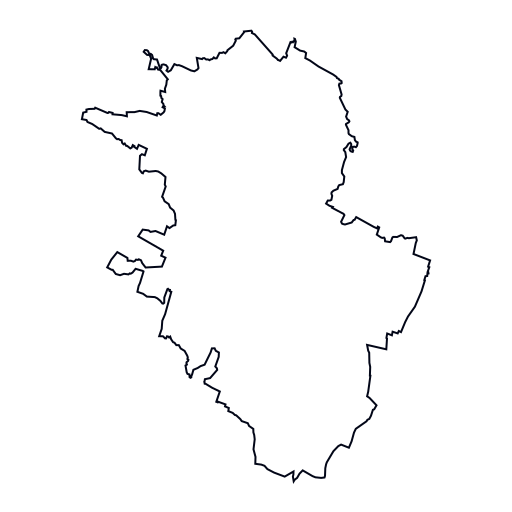 the district of Kota Malang, Jawa Timur, Indonesia
{"feature_id": "22746128B9724218643478", "entity_name": "Kota Malang", "entity_type": "district", "adm_level": 2, "iso_a3": "IDN", "parent_name": "Indonesia", "parent_adm1": "Jawa Timur", "projection": "natural_earth1", "projection_center": [112.627, -7.981], "detail": "fine", "context": "isolated", "style": "outline", "palette": "ink", "viewbox_px": 512, "rotation_deg": 0, "n_neighbors": 0, "source": "geoboundaries", "source_scale": "gbopen_adm2", "svg_char_len": 5992}
<svg xmlns="http://www.w3.org/2000/svg" viewBox="0 0 512 512"><path d="M278.0,61.0L278.2,60.3L276.8,58.6L272.6,55.5L272.7,54.6L254.8,34.4L251.9,33.0L252.1,31.7L251.4,30.7L244.0,31.5L244.2,32.1L239.3,38.3L235.8,38.7L235.3,39.4L235.8,40.7L233.2,45.7L227.5,50.2L227.2,51.2L225.3,53.3L223.5,52.2L222.0,52.9L219.5,52.8L216.7,58.3L215.1,58.4L213.8,57.4L212.4,59.0L210.4,59.5L209.6,60.2L207.9,59.4L206.2,59.5L204.3,58.1L202.8,58.3L202.1,59.1L196.8,57.9L198.5,68.1L197.4,69.5L194.4,71.3L191.0,70.5L182.0,66.2L178.9,65.1L177.1,65.3L174.4,64.1L170.8,70.3L168.1,71.8L166.5,70.6L167.6,68.6L167.7,67.3L166.1,65.2L163.6,64.4L162.1,64.7L161.5,65.2L161.5,67.0L160.9,68.2L159.9,68.0L157.0,59.5L153.8,59.2L153.1,58.5L152.1,55.0L150.8,53.9L149.2,53.6L148.0,51.0L146.8,50.2L144.8,50.1L143.7,51.8L147.1,54.9L149.2,55.0L150.0,55.8L151.1,58.8L148.7,69.2L154.7,69.3L155.3,67.1L156.2,67.8L156.8,67.4L158.2,69.7L159.7,69.7L161.0,70.9L167.8,79.3L166.8,80.4L166.3,84.7L164.9,88.7L165.2,92.0L160.5,90.7L160.4,91.9L160.4,95.7L161.1,96.0L161.4,98.0L162.6,99.1L161.8,102.0L163.4,104.0L163.6,105.4L164.3,106.2L163.2,106.2L162.6,107.2L164.9,108.5L164.4,111.2L163.6,112.4L160.7,114.8L158.4,113.2L157.3,113.2L156.8,115.5L146.7,112.0L139.7,110.9L134.6,112.1L126.7,112.2L126.9,116.3L121.8,115.1L112.5,114.3L112.6,112.9L109.0,112.0L108.4,112.8L107.5,113.0L95.2,107.7L94.6,108.8L88.9,109.0L86.4,109.6L86.5,111.8L83.2,112.6L81.9,119.2L86.5,120.0L87.5,122.0L92.2,124.0L99.2,128.8L100.7,128.4L104.7,131.9L112.0,133.5L115.9,138.3L117.1,139.2L118.6,139.0L120.1,140.0L121.6,140.2L122.1,142.8L123.5,144.3L124.7,143.5L126.2,145.9L127.2,145.9L130.3,148.4L131.7,147.6L132.8,145.1L134.4,146.1L134.1,146.8L137.0,148.8L138.7,144.9L146.9,148.8L144.8,155.3L141.9,154.2L140.0,155.8L139.3,169.4L141.9,172.9L142.9,173.3L143.8,171.3L145.7,170.6L148.9,171.7L155.7,171.0L158.2,171.5L161.3,173.4L165.5,177.0L164.8,184.6L165.7,186.5L162.1,196.8L163.0,197.7L164.6,201.3L168.7,204.1L170.1,207.6L173.6,210.5L175.0,213.8L175.4,219.9L175.9,220.2L175.3,225.2L173.2,225.5L169.5,228.1L167.0,226.3L164.2,234.7L155.5,231.0L150.5,231.9L148.6,230.4L142.7,229.6L138.2,236.3L163.2,250.7L161.2,255.7L165.5,257.7L161.9,266.6L145.6,267.5L142.2,263.1L141.0,260.3L138.8,259.3L138.0,259.9L136.0,259.6L134.9,261.0L133.4,261.6L130.8,260.7L127.7,260.8L127.4,257.9L117.3,252.1L111.3,259.6L107.2,267.4L111.6,269.8L112.7,269.8L115.8,274.0L120.1,275.2L124.0,273.8L128.5,274.4L129.7,273.4L130.7,273.7L132.5,272.6L135.6,268.8L142.7,270.9L143.5,271.4L143.3,272.2L140.0,283.0L138.6,286.0L137.4,291.8L143.1,293.8L146.9,296.6L154.8,297.1L157.3,298.3L160.3,300.8L162.4,303.5L163.3,303.6L164.2,302.8L164.3,297.5L167.4,289.1L168.0,288.8L168.7,289.7L169.9,289.9L169.7,291.2L171.3,291.8L165.1,314.2L162.3,320.7L161.7,328.9L159.2,336.2L163.0,336.3L165.1,338.4L166.1,338.4L167.0,336.3L168.1,336.5L169.1,337.5L170.2,336.6L171.2,339.4L173.1,342.2L174.5,342.7L176.3,345.1L178.8,345.1L180.7,348.5L184.6,350.9L187.2,355.6L187.8,357.3L187.4,359.0L188.4,359.7L188.1,360.9L186.6,362.2L186.4,363.1L186.9,364.6L185.5,365.5L186.7,372.3L187.5,373.9L189.4,374.4L189.6,377.2L190.5,377.8L191.3,377.3L191.4,375.6L192.0,374.8L193.4,369.8L197.7,368.0L200.6,366.1L204.6,364.7L210.6,352.5L211.9,348.4L214.6,348.3L215.8,350.8L218.9,352.5L218.7,356.9L215.3,366.5L216.9,368.3L217.2,369.9L210.1,378.1L204.9,379.2L204.4,382.1L204.9,384.6L204.6,383.2L212.2,387.8L219.8,391.5L216.3,401.8L217.6,402.3L217.8,401.6L225.5,404.4L225.0,406.4L228.8,408.0L228.3,411.1L232.7,412.9L234.9,415.0L236.2,415.3L240.4,419.2L241.7,421.1L247.8,423.2L249.1,426.0L253.3,428.9L253.4,432.4L254.2,435.0L254.7,439.3L253.5,449.3L255.5,456.9L255.3,463.8L261.3,464.6L264.5,465.8L267.4,469.1L274.1,472.6L284.7,476.6L293.5,471.5L293.4,474.5L292.9,476.6L293.7,481.3L294.8,479.6L297.1,477.9L299.5,473.7L302.7,470.4L312.5,476.1L315.4,477.3L321.2,477.9L324.5,477.5L325.0,475.9L325.3,468.2L326.1,464.3L326.8,462.3L333.4,451.2L338.3,446.1L341.1,444.6L348.9,447.7L351.6,441.3L354.0,432.6L355.8,428.8L366.5,421.3L367.4,419.8L369.3,418.9L371.0,415.7L372.9,409.8L374.2,409.3L376.5,405.3L369.5,397.9L367.1,396.3L368.2,391.7L370.4,375.7L369.9,375.6L370.2,366.9L369.4,362.9L369.2,352.7L368.2,350.7L367.1,344.9L386.3,349.3L387.0,338.5L386.4,338.0L387.2,333.5L391.9,335.3L392.6,331.7L397.7,333.4L398.8,331.0L401.0,332.1L405.2,322.0L408.0,316.5L414.9,306.7L421.5,291.4L424.9,280.4L424.3,280.1L425.5,276.2L427.2,276.0L427.4,273.8L428.5,273.5L428.3,272.2L427.6,272.0L429.3,267.2L428.1,266.7L430.1,260.4L413.5,254.0L415.8,242.9L416.8,240.4L416.1,237.2L408.9,238.2L407.3,237.9L405.4,238.6L404.7,238.4L402.7,235.7L401.0,235.2L397.1,237.0L393.2,236.9L392.4,237.5L391.0,241.2L390.1,242.1L385.1,241.3L384.7,238.4L384.1,237.6L382.3,237.9L380.9,237.4L376.8,234.6L379.2,227.4L377.8,226.6L377.1,228.4L373.8,226.9L356.2,217.1L354.6,219.8L353.6,220.0L351.7,222.5L345.0,224.5L343.2,224.1L342.0,223.6L341.1,221.8L344.4,215.1L343.6,213.9L332.1,207.8L332.8,206.9L329.5,205.8L326.1,203.6L327.8,200.5L330.2,200.5L331.4,199.8L332.2,195.8L331.4,193.8L331.6,192.4L333.4,190.7L337.6,188.9L338.3,186.4L339.2,185.1L342.9,184.2L343.7,182.1L344.3,176.5L341.9,173.1L341.9,170.1L344.1,161.9L346.1,157.1L345.3,152.1L343.8,150.1L343.9,149.1L346.4,147.1L348.5,143.7L350.3,142.7L351.1,143.8L351.3,145.4L349.6,149.3L350.1,150.6L351.2,151.5L352.7,151.9L353.2,150.6L352.2,148.9L352.7,147.0L354.2,146.6L355.9,147.2L357.0,145.9L357.7,142.8L357.6,142.3L356.1,141.7L354.9,140.1L354.4,136.9L351.8,136.2L348.9,134.1L348.5,133.1L348.5,130.2L345.9,124.7L346.0,124.0L348.8,122.3L349.4,121.3L349.0,120.4L347.1,119.0L346.1,116.6L347.7,111.8L345.4,109.5L339.8,97.8L340.0,96.9L341.3,96.0L341.6,94.5L338.9,85.1L339.4,83.6L341.1,83.5L341.7,83.0L341.5,81.2L339.0,79.6L338.7,78.8L337.0,78.1L336.5,76.9L333.1,74.5L318.5,66.5L309.9,60.5L305.3,58.1L306.1,53.0L304.2,51.5L300.1,50.6L294.6,47.2L295.8,41.6L294.9,38.9L294.4,38.7L294.7,41.5L293.5,41.3L293.0,42.2L292.1,41.8L291.6,42.5L290.5,42.1L286.2,53.2L287.1,55.7L286.0,57.7L283.5,56.7L280.1,60.9L278.4,60.0L278.0,61.0Z" fill="none" stroke="#020617" stroke-width="2"/></svg>